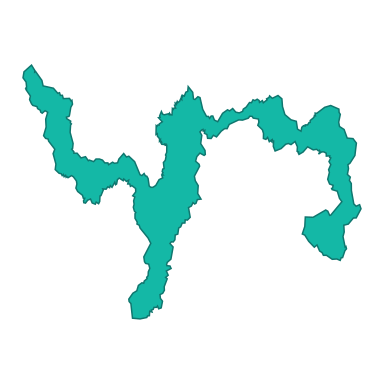 Bolivar, Santander, Colombia (Equal Earth projection)
{"feature_id": "7082276B39966756415454", "entity_name": "Bolivar", "entity_type": "district", "adm_level": 2, "iso_a3": "COL", "parent_name": "Colombia", "parent_adm1": "Santander", "projection": "equal_earth", "projection_center": [-74.199, 6.059], "detail": "fine", "context": "isolated", "style": "filled", "palette": "teal", "viewbox_px": 384, "rotation_deg": 0, "n_neighbors": 0, "source": "geoboundaries", "source_scale": "gbopen_adm2", "svg_char_len": 5991}
<svg xmlns="http://www.w3.org/2000/svg" viewBox="0 0 384 384"><path d="M168.2,275.2L166.3,271.0L171.1,268.5L170.0,266.0L166.9,265.7L166.6,264.6L167.2,262.4L170.9,259.2L173.1,247.0L169.9,243.5L171.4,241.8L173.2,242.0L174.9,239.8L175.2,235.0L177.8,234.1L178.7,228.0L180.7,226.8L182.2,223.1L184.9,223.0L185.2,219.8L187.4,220.1L190.2,217.3L188.5,207.6L191.4,206.0L193.0,202.6L194.6,204.0L196.0,203.3L197.3,199.6L201.0,199.1L197.7,193.5L198.2,185.6L195.3,180.8L194.4,176.2L199.6,166.2L199.1,164.3L195.6,161.2L196.8,156.6L199.9,153.1L204.1,155.4L205.3,154.5L205.0,150.4L200.7,143.6L201.8,135.3L199.9,131.9L201.7,130.0L203.0,129.4L203.2,131.1L204.8,130.3L204.4,133.3L206.9,134.5L207.6,138.3L211.1,138.5L213.4,135.3L216.5,136.9L221.3,131.1L224.7,128.6L227.1,128.7L229.2,124.4L238.7,119.9L242.6,120.1L248.3,118.2L249.8,116.2L252.2,116.4L253.2,118.1L258.4,119.0L258.9,122.1L257.8,125.3L262.4,129.8L263.5,133.4L263.4,138.5L265.9,139.4L267.6,137.4L269.3,141.7L270.5,140.7L271.8,141.8L271.6,139.9L272.3,139.5L272.5,140.9L273.6,141.0L273.3,146.4L275.1,151.0L281.1,148.6L285.8,144.2L288.4,143.5L291.0,144.6L295.1,141.5L297.4,146.8L297.1,151.3L298.6,151.9L298.6,152.8L297.9,152.1L299.0,154.4L303.1,152.0L307.6,146.8L313.2,149.9L316.7,149.3L318.4,150.9L319.5,150.3L320.0,151.7L318.5,154.1L321.7,151.9L323.9,151.9L326.2,153.2L326.3,156.1L329.8,155.9L329.6,157.3L330.8,157.9L329.0,161.6L330.8,164.6L328.6,169.7L329.4,172.4L327.7,179.3L329.6,184.0L333.1,185.3L332.6,188.1L331.6,188.4L332.1,189.6L337.3,191.2L339.5,198.4L341.9,201.7L330.7,215.2L329.7,215.4L327.8,211.2L325.7,210.0L313.1,217.3L305.3,217.0L304.8,226.4L302.3,234.0L304.8,235.1L308.7,241.3L314.3,247.2L317.0,245.0L319.6,251.0L322.1,252.6L323.4,255.3L326.5,255.3L332.2,259.3L336.8,259.0L340.2,260.4L341.2,257.7L342.6,257.6L344.9,250.7L346.5,248.8L345.9,246.4L345.1,247.0L343.0,236.6L344.2,232.0L343.8,225.2L348.3,224.1L353.4,218.0L356.2,217.9L361.0,208.8L359.6,204.7L356.1,206.2L353.8,203.9L351.4,190.5L351.3,183.5L349.4,180.4L350.3,177.1L347.4,174.4L348.5,168.6L347.9,164.7L349.9,163.3L354.9,155.5L356.4,143.1L353.0,138.6L347.2,138.1L344.1,129.5L339.5,126.5L338.7,122.2L340.3,114.3L339.1,112.5L338.9,109.1L330.7,105.5L324.7,107.3L316.8,113.3L315.1,113.1L315.4,115.8L314.4,115.5L313.9,117.4L310.2,120.5L310.2,122.4L309.0,122.6L307.6,124.9L305.2,124.9L305.1,126.0L303.5,125.7L301.8,127.3L301.0,131.2L297.5,129.1L296.3,121.3L291.0,119.8L284.9,114.6L282.5,106.6L281.9,98.8L278.0,95.5L272.3,98.3L269.6,95.9L269.0,97.5L266.6,98.8L267.1,99.8L263.3,102.8L262.4,100.6L259.5,102.4L259.1,100.5L257.2,99.2L254.9,100.6L253.0,99.8L251.5,102.7L249.5,102.5L246.2,107.1L243.3,109.1L242.6,111.4L239.2,112.9L235.7,112.1L232.7,108.5L229.6,110.9L227.5,109.8L222.6,113.3L217.7,121.7L214.4,120.1L212.8,116.0L211.2,116.0L209.6,118.3L208.4,116.4L206.5,116.4L202.7,109.3L200.0,97.6L197.9,96.7L195.0,99.5L193.5,99.0L192.7,92.3L188.2,86.6L187.7,91.4L185.8,92.2L184.3,96.1L183.1,95.5L182.4,96.8L182.3,94.6L181.3,97.1L181.7,99.6L180.7,98.8L179.6,101.3L178.0,102.5L177.4,101.6L177.1,103.6L176.4,101.7L176.4,104.3L175.3,103.4L175.6,104.8L174.5,105.2L175.6,108.1L174.0,108.1L173.3,109.4L172.4,108.5L172.0,114.9L170.5,114.8L169.5,113.2L169.0,114.6L168.4,113.8L164.2,114.8L162.6,114.1L161.4,111.5L159.6,116.0L160.1,117.3L158.5,117.7L162.3,121.8L159.2,124.0L159.1,125.1L157.8,125.0L157.0,126.3L156.2,125.6L156.0,134.5L157.3,133.7L157.4,136.2L159.5,138.7L159.5,141.0L160.4,139.9L160.3,141.3L161.3,141.4L161.7,142.3L160.8,142.7L161.8,144.3L164.5,144.5L164.9,143.3L164.9,144.4L166.0,144.3L165.5,145.3L166.8,145.3L166.7,152.4L165.5,155.0L166.1,156.1L165.3,160.3L163.4,162.5L164.1,168.6L162.7,169.1L162.2,171.7L163.0,172.6L162.1,174.1L163.1,175.0L161.8,175.2L162.7,177.9L159.1,179.6L155.8,185.4L153.0,187.3L150.7,187.3L149.2,186.0L148.1,178.5L146.8,176.2L145.4,175.9L144.1,173.5L141.9,175.6L140.0,174.7L134.6,161.6L128.8,156.2L126.4,157.0L123.7,153.5L118.9,159.0L117.6,162.8L114.5,163.3L112.6,162.2L108.6,164.7L107.9,162.9L104.8,162.9L102.5,160.1L99.4,159.0L96.0,159.0L93.6,161.6L89.3,160.1L88.3,160.7L85.5,156.7L81.0,157.9L77.1,153.2L73.9,153.2L73.9,151.8L71.7,149.2L72.6,148.4L73.1,143.5L70.1,132.3L70.6,125.0L71.4,123.9L70.3,122.9L70.7,121.2L66.7,118.6L66.4,117.1L69.0,116.4L69.5,115.2L70.8,107.3L72.5,104.2L71.9,100.3L71.1,101.0L69.5,98.4L63.3,98.6L62.4,95.3L60.4,95.4L59.5,92.7L57.8,93.3L53.4,88.2L43.1,85.9L41.9,80.4L35.6,71.5L34.7,72.1L34.8,70.5L31.5,65.1L24.0,71.8L23.0,77.8L26.1,82.1L26.6,87.1L25.7,88.3L26.6,89.0L26.0,89.6L30.4,96.0L29.6,99.6L31.5,103.8L32.8,105.4L37.0,106.6L37.6,108.6L40.3,110.3L40.7,112.1L42.2,113.2L45.1,110.7L47.7,112.3L45.7,119.2L46.1,127.1L43.6,135.7L45.6,138.4L48.1,139.0L48.6,141.1L54.8,149.2L53.1,153.7L55.9,164.1L55.2,169.6L59.1,173.3L61.2,173.7L62.2,175.6L63.4,174.5L64.1,176.7L65.6,175.4L66.1,177.3L67.0,176.6L68.0,177.7L71.5,175.6L73.4,176.8L76.4,180.9L76.9,184.0L75.9,188.1L77.7,191.5L82.5,195.3L83.3,198.2L84.7,198.3L83.5,200.8L83.8,202.7L85.5,203.1L87.7,200.2L90.5,199.0L92.2,203.0L95.3,204.2L96.2,202.1L98.6,203.7L99.7,201.5L100.0,196.0L101.0,195.6L103.3,189.9L102.8,188.9L106.1,189.2L107.8,186.8L109.6,187.7L110.3,185.6L112.0,187.3L114.8,182.2L115.6,184.7L116.6,184.0L117.4,179.7L119.2,178.1L123.2,180.7L123.8,179.0L126.4,181.4L128.6,180.2L127.7,184.0L129.8,184.0L130.4,186.4L131.9,185.6L135.6,188.5L135.7,191.9L132.7,195.8L134.8,196.9L133.6,200.9L134.1,204.2L133.3,207.2L134.4,211.1L135.8,212.5L135.0,213.8L135.0,218.3L137.2,222.0L137.0,224.1L139.2,225.2L140.1,228.1L148.0,237.9L150.8,243.3L143.8,256.9L144.5,261.7L145.6,263.4L148.7,264.1L149.8,268.4L148.3,271.8L148.1,275.7L146.7,277.3L147.1,278.6L144.2,281.1L143.7,283.2L141.9,282.8L138.4,285.4L136.8,290.8L132.9,293.2L128.8,299.1L129.1,301.5L130.9,303.6L132.5,318.2L140.1,318.9L146.8,317.5L147.5,315.9L149.4,315.7L149.7,311.3L152.0,312.0L151.3,310.1L153.2,309.4L153.9,307.4L156.6,307.3L157.5,306.0L158.7,308.8L161.2,307.9L162.5,301.2L160.4,298.4L160.0,294.6L162.7,293.3L164.4,290.3L164.2,286.7L167.2,278.8L165.6,277.4L168.2,275.2Z" fill="#14b8a6" stroke="#0f766e" stroke-width="1.5"/></svg>